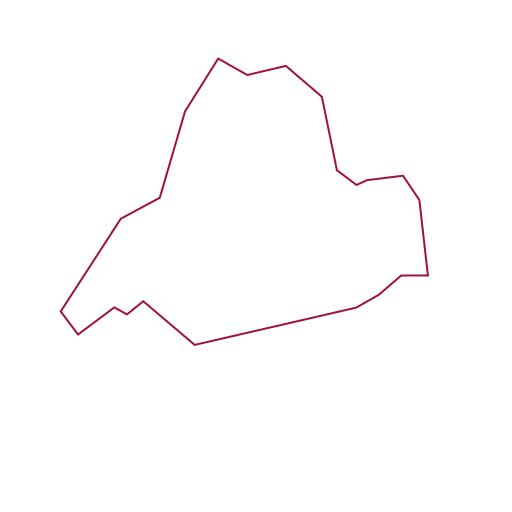 the district of Kuçovë, Berat, Albania, rotated 307°
{"feature_id": "67620474B36949901982284", "entity_name": "Kuçovë", "entity_type": "district", "adm_level": 2, "iso_a3": "ALB", "parent_name": "Albania", "parent_adm1": "Berat", "projection": "albers", "projection_center": [19.91, 40.812], "detail": "fine", "context": "isolated", "style": "outline", "palette": "rose", "viewbox_px": 512, "rotation_deg": 307, "n_neighbors": 0, "source": "geoboundaries", "source_scale": "gbopen_adm2", "svg_char_len": 439}
<svg xmlns="http://www.w3.org/2000/svg" viewBox="0 0 512 512"><g transform="rotate(307 256 256)"><path d="M94.2,133.4L86.2,161.1L129.7,173.8L131.7,188.1L152.0,193.2L148.1,260.5L275.1,367.1L299.0,377.4L327.8,383.7L343.9,405.0L399.0,352.8L408.6,325.1L383.4,299.0L373.2,293.5L373.2,269.0L422.8,212.8L425.8,165.4L395.3,140.1L390.9,107.0L328.8,112.3L244.6,144.1L204.5,125.6L94.2,133.4Z" fill="none" stroke="#9f1239" stroke-width="2"/></g></svg>